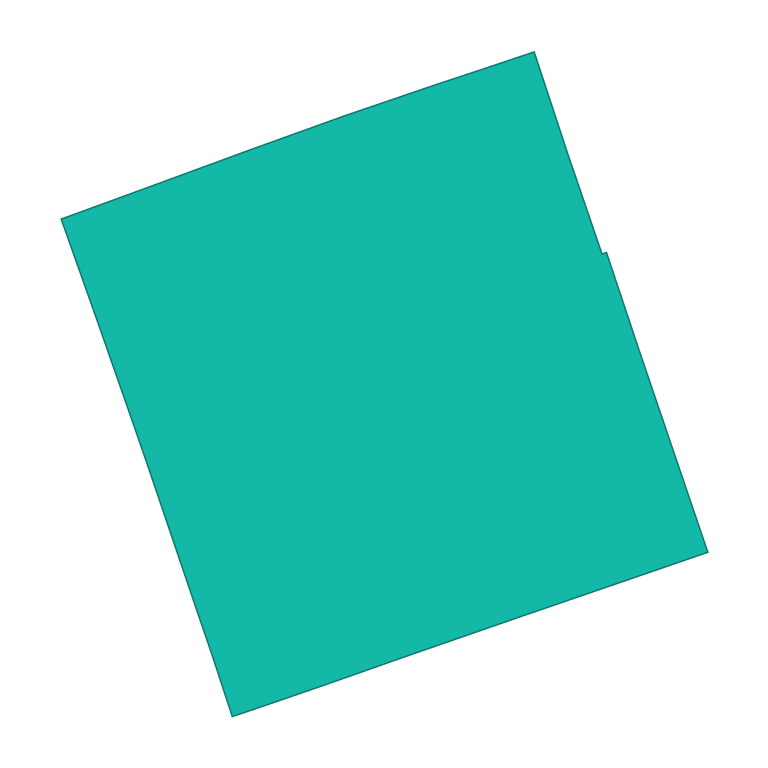 outline of Oakland, Michigan, United States of America, rotated 73°
{"feature_id": "52423323B71844915805023", "entity_name": "Oakland", "entity_type": "district", "adm_level": 2, "iso_a3": "USA", "parent_name": "United States of America", "parent_adm1": "Michigan", "projection": "natural_earth1", "projection_center": [-83.368, 42.66], "detail": "fine", "context": "isolated", "style": "filled", "palette": "teal", "viewbox_px": 768, "rotation_deg": 73, "n_neighbors": 0, "source": "geoboundaries", "source_scale": "gbopen_adm2", "svg_char_len": 530}
<svg xmlns="http://www.w3.org/2000/svg" viewBox="0 0 768 768"><g transform="rotate(73 384 384)"><path d="M112.8,243.5L116.0,343.3L121.0,445.0L126.5,543.8L131.9,644.5L234.0,640.0L340.9,635.7L393.6,633.8L400.4,633.6L446.6,632.2L549.0,629.1L551.8,629.0L569.4,628.4L582.1,628.0L595.7,627.6L604.7,627.4L657.7,626.3L656.7,593.1L654.4,526.5L651.6,460.1L650.2,424.6L646.5,324.0L639.6,123.5L428.6,130.1L323.3,132.8L323.4,137.5L217.1,141.0L110.3,143.3L111.9,202.1L112.8,243.5Z" fill="#14b8a6" stroke="#0f766e" stroke-width="1.5"/></g></svg>